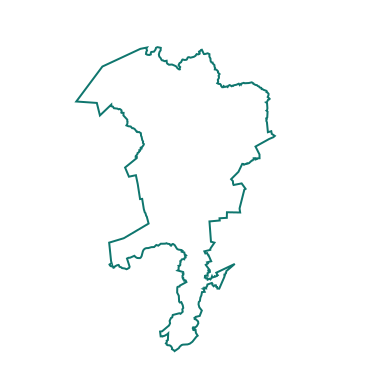 outline of Acaponeta, Nayarit, Mexico, rotated 257°
{"feature_id": "50627088B8986621841937", "entity_name": "Acaponeta", "entity_type": "district", "adm_level": 2, "iso_a3": "MEX", "parent_name": "Mexico", "parent_adm1": "Nayarit", "projection": "orthographic", "projection_center": [-105.305, 22.461], "detail": "fine", "context": "isolated", "style": "outline", "palette": "teal", "viewbox_px": 384, "rotation_deg": 257, "n_neighbors": 0, "source": "geoboundaries", "source_scale": "gbopen_adm2", "svg_char_len": 6055}
<svg xmlns="http://www.w3.org/2000/svg" viewBox="0 0 384 384"><g transform="rotate(257 192 192)"><path d="M306.2,99.6L300.2,119.3L287.3,119.5L295.3,133.0L293.7,132.7L293.0,134.1L291.2,134.8L290.0,138.1L289.1,139.1L289.2,140.0L288.8,140.7L287.6,141.6L286.3,141.6L285.5,141.0L285.0,141.1L284.5,143.1L282.0,142.4L277.1,145.2L275.2,144.8L275.0,145.0L272.9,144.3L271.6,143.1L270.4,144.8L269.6,147.0L267.6,148.1L267.3,149.3L265.9,150.5L263.1,151.7L263.2,152.2L262.5,152.7L262.3,154.0L260.8,155.4L258.3,155.0L257.2,155.3L253.7,155.2L252.2,155.7L250.9,155.2L249.5,155.9L248.6,155.3L247.1,153.6L246.8,152.2L245.8,152.5L245.8,151.7L245.1,151.6L244.3,150.9L244.5,150.3L243.8,150.3L243.8,149.8L242.7,149.2L242.2,147.7L241.0,147.2L239.6,145.2L238.9,145.0L238.5,146.1L237.5,145.8L230.9,132.3L221.1,134.0L221.0,141.1L211.8,140.9L196.8,139.8L196.5,141.9L186.2,141.2L182.8,141.4L181.8,141.9L179.1,142.0L178.3,142.4L171.0,142.6L162.3,115.1L161.3,99.9L142.9,97.6L140.5,97.7L140.9,97.2L140.4,96.7L139.9,95.3L139.0,95.5L137.5,96.5L137.3,96.3L138.1,97.8L135.9,98.4L136.0,99.3L136.6,99.5L137.4,102.1L137.5,103.9L137.1,104.3L135.5,104.5L134.4,106.3L133.6,106.7L132.6,109.3L131.5,110.8L131.6,111.6L132.3,113.8L133.3,114.4L141.8,113.7L142.2,115.3L141.9,116.8L142.8,121.5L141.3,122.4L140.0,123.8L139.3,126.4L139.7,127.4L140.9,128.5L145.3,130.8L146.7,132.0L147.4,133.4L147.6,134.8L147.2,136.8L147.4,140.0L146.9,142.7L148.4,145.3L147.3,147.1L148.6,149.9L147.7,154.2L147.8,155.7L147.2,156.3L146.3,158.5L144.8,159.0L144.4,159.5L145.7,161.2L145.5,162.0L144.1,163.2L140.0,164.6L139.0,165.7L137.8,168.7L137.0,169.4L136.6,168.5L136.2,168.4L134.8,170.9L132.8,170.8L132.3,171.5L131.4,172.0L131.1,170.8L129.6,171.0L129.2,169.7L128.2,169.3L128.6,168.7L128.6,166.8L127.4,165.7L127.2,165.0L126.2,165.1L125.3,164.5L123.6,164.2L123.1,163.8L123.1,162.3L122.3,162.5L121.6,162.0L119.3,161.5L118.8,160.3L116.0,165.4L114.4,165.3L114.3,164.7L113.3,164.9L112.6,163.9L110.6,163.5L109.4,163.8L109.5,164.0L108.7,163.9L108.4,164.4L107.4,164.5L107.6,165.3L107.3,165.8L106.5,165.7L106.5,166.1L105.5,166.3L103.5,159.0L102.7,158.6L102.8,156.6L102.0,156.1L97.3,154.9L93.9,155.8L88.1,154.8L87.0,155.4L87.1,156.8L83.7,157.5L81.0,157.4L79.9,156.2L77.4,156.0L75.9,153.4L76.7,152.4L76.5,145.6L74.3,144.5L73.9,143.1L71.4,141.2L69.0,141.1L67.1,139.6L63.0,131.5L63.2,129.5L58.4,129.0L58.2,130.8L57.9,130.8L58.1,133.0L58.9,135.8L59.6,137.0L53.2,135.2L52.8,133.9L51.8,133.9L50.4,132.6L50.0,133.2L49.0,133.0L48.7,133.3L48.2,133.8L47.6,135.8L46.2,137.0L44.4,137.5L43.4,137.1L41.8,138.8L40.9,139.2L42.8,144.0L44.0,145.2L45.2,147.4L45.3,148.8L44.5,153.5L44.7,155.7L46.0,158.7L50.0,163.7L50.7,165.2L53.9,164.1L57.1,164.5L57.8,163.8L57.0,162.9L57.2,162.3L59.2,162.1L59.9,162.7L59.4,164.3L59.7,165.5L60.4,166.7L62.6,168.6L64.5,168.8L66.8,167.3L67.6,166.0L68.7,166.1L68.6,167.0L69.5,167.4L69.5,171.6L74.3,174.9L78.0,173.2L81.1,173.1L83.3,173.9L84.1,175.2L87.2,176.4L89.2,177.9L92.2,179.2L91.9,181.9L93.4,181.6L94.5,181.9L94.9,181.4L94.9,181.7L95.5,181.7L95.0,183.5L95.8,183.2L95.5,184.4L96.5,184.9L97.0,185.6L98.4,186.2L98.9,190.9L98.0,191.3L97.1,190.9L95.3,191.9L96.0,193.3L95.7,194.3L94.0,194.3L93.8,195.1L92.2,195.0L91.7,196.8L102.1,204.5L103.8,204.9L103.5,205.3L105.4,206.5L105.4,206.9L107.2,207.7L112.3,217.5L107.9,197.5L105.2,198.3L105.2,197.5L104.6,197.4L104.5,196.5L104.3,195.9L104.8,195.2L104.3,194.9L104.1,192.7L105.3,192.5L103.6,191.4L102.7,190.3L103.5,189.6L103.1,187.5L104.5,187.5L104.6,186.3L105.7,186.0L105.8,185.3L107.4,185.8L107.5,186.5L106.9,188.4L109.4,188.9L110.1,191.5L111.2,191.6L111.0,190.3L112.0,190.2L112.3,191.5L117.9,189.0L118.9,191.5L120.1,191.0L120.2,195.1L126.6,193.9L126.6,193.6L129.1,193.0L129.1,191.2L131.4,190.7L131.5,196.8L132.2,196.9L133.3,197.8L137.6,202.5L139.3,199.3L159.4,202.4L158.0,212.6L160.2,212.9L159.0,220.1L164.4,221.5L161.2,234.3L165.0,234.6L166.0,235.0L182.5,243.5L183.0,244.9L189.2,242.3L189.5,234.1L190.8,233.9L193.4,234.3L195.7,233.0L201.2,241.8L208.1,247.3L207.7,248.5L206.9,248.8L207.5,252.0L207.1,252.0L207.3,254.0L209.2,257.4L209.1,258.1L210.3,259.6L211.0,259.7L210.7,261.3L209.4,261.2L209.6,262.9L210.1,263.1L209.7,265.4L213.4,266.2L222.0,264.1L226.3,279.1L227.1,283.6L228.0,285.3L230.7,282.8L233.4,282.9L233.2,279.4L243.1,280.7L244.6,280.4L246.5,281.4L247.0,281.4L246.7,280.9L247.0,280.0L247.0,281.0L247.8,282.1L253.3,283.7L254.5,282.9L254.7,283.5L256.6,284.3L261.6,285.1L262.7,284.3L262.8,285.3L264.6,286.7L265.0,288.4L265.4,288.6L267.5,287.1L269.1,288.3L270.4,288.7L272.0,287.9L272.5,287.1L273.3,287.5L273.8,287.3L275.4,284.8L276.5,283.7L276.6,283.0L277.9,282.9L278.7,281.4L279.7,281.1L280.5,279.9L281.5,279.3L282.1,277.9L283.7,276.1L284.1,276.2L285.4,274.9L285.4,271.9L286.1,267.9L286.7,267.0L286.5,264.7L285.7,264.0L286.3,263.8L286.2,262.7L285.8,262.4L287.0,261.9L286.5,259.3L286.6,256.9L286.1,255.9L286.5,255.3L286.1,254.5L287.7,252.8L287.3,251.2L286.3,250.3L287.0,249.6L287.0,247.7L288.0,246.7L287.1,246.2L287.3,245.0L288.6,244.3L289.6,244.3L290.8,243.8L291.4,242.2L292.3,241.1L293.4,242.3L295.5,242.4L296.8,243.7L298.1,244.2L299.2,244.0L300.7,245.4L302.5,244.2L303.7,244.5L305.7,243.3L306.3,241.8L307.8,242.4L309.0,242.1L310.6,242.4L312.5,241.2L313.5,241.2L313.9,240.1L315.5,239.6L317.9,240.0L320.0,239.4L322.4,240.0L323.6,238.5L323.5,235.5L323.8,234.6L328.4,233.6L328.4,232.8L327.7,232.0L327.2,230.4L326.1,230.4L325.6,230.8L324.9,230.4L324.7,228.9L325.3,227.5L323.9,226.0L323.3,224.2L323.2,220.8L324.1,219.3L324.0,218.1L322.3,216.8L322.1,216.0L322.4,214.2L323.2,212.8L323.1,212.3L320.9,210.5L320.4,208.9L318.9,207.6L318.2,207.5L316.4,208.6L314.7,207.5L314.3,207.6L314.3,207.1L315.8,205.7L317.7,205.0L319.0,203.6L320.7,201.2L321.2,198.2L322.5,196.9L323.5,196.5L325.6,196.8L325.7,194.5L326.8,193.3L326.9,192.6L327.7,192.0L329.7,191.5L331.3,190.6L333.3,190.6L335.7,191.8L337.1,193.3L339.5,194.0L340.9,191.0L340.7,189.7L340.5,189.3L339.0,188.5L337.3,186.5L337.6,183.8L336.5,183.0L335.3,182.8L335.1,181.2L335.8,179.3L336.8,178.2L338.9,179.0L339.9,180.0L342.1,179.8L342.9,180.6L343.1,173.9L334.4,132.9L306.2,99.6Z" fill="none" stroke="#0f766e" stroke-width="2"/></g></svg>